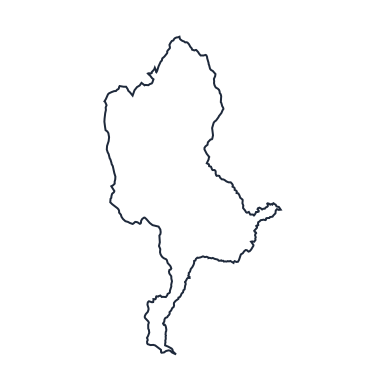 Marulanda, Caldas, Colombia (Natural Earth projection), rotated 346°
{"feature_id": "7082276B71497908860024", "entity_name": "Marulanda", "entity_type": "district", "adm_level": 2, "iso_a3": "COL", "parent_name": "Colombia", "parent_adm1": "Caldas", "projection": "natural_earth1", "projection_center": [-75.264, 5.211], "detail": "fine", "context": "isolated", "style": "outline", "palette": "slate", "viewbox_px": 384, "rotation_deg": 346, "n_neighbors": 0, "source": "geoboundaries", "source_scale": "gbopen_adm2", "svg_char_len": 6060}
<svg xmlns="http://www.w3.org/2000/svg" viewBox="0 0 384 384"><g transform="rotate(346 192 192)"><path d="M137.2,345.7L134.9,342.1L134.9,340.1L134.3,338.9L131.5,336.3L128.8,334.3L129.5,332.0L129.9,331.5L130.1,329.8L131.0,328.2L131.5,325.7L132.0,324.9L131.8,324.0L132.7,321.4L133.3,320.7L133.8,319.3L134.0,316.8L133.9,315.1L133.4,314.1L132.7,314.3L132.5,314.1L132.1,312.6L133.7,311.1L134.5,309.0L135.4,308.0L136.0,307.7L137.7,307.5L138.6,306.5L140.0,305.7L140.9,304.7L141.1,303.2L143.1,301.9L144.7,299.9L146.4,299.1L147.2,297.6L147.3,296.3L147.8,295.1L149.7,293.7L152.9,292.4L153.3,291.2L154.7,291.0L155.9,290.0L157.4,288.0L159.0,287.2L159.9,285.3L161.2,284.7L162.8,281.0L163.5,280.1L163.8,278.7L163.4,278.1L163.6,277.4L164.2,277.2L166.3,274.8L167.1,274.4L168.9,274.8L169.1,273.7L168.2,272.8L168.1,272.4L169.0,271.2L169.2,269.9L170.8,268.8L172.2,266.4L174.2,264.9L175.8,263.1L176.8,261.6L177.4,259.4L178.7,259.3L179.6,257.9L181.3,257.0L182.0,257.4L184.5,257.5L187.1,257.1L188.8,258.3L190.6,258.4L192.4,259.9L192.3,260.1L193.0,260.1L195.0,261.1L196.2,261.0L197.7,262.3L200.6,263.8L201.2,265.0L202.6,265.5L203.8,265.4L204.1,265.9L205.7,266.3L206.1,267.2L207.2,267.3L208.9,267.9L210.0,267.7L211.1,268.3L212.5,268.2L215.1,270.8L215.5,270.1L216.7,269.4L218.1,270.6L219.7,270.8L221.1,269.4L224.3,264.4L226.5,263.7L228.3,262.1L230.0,261.3L231.1,261.7L232.4,263.5L233.6,263.4L235.4,262.2L238.6,259.0L238.8,258.3L237.3,254.5L238.4,254.5L240.3,255.3L242.0,253.9L242.2,252.3L242.9,251.3L242.7,249.2L243.3,248.1L244.3,247.4L244.2,246.8L243.2,245.6L243.0,244.7L246.4,242.4L246.6,241.7L246.1,240.5L246.7,240.2L247.9,240.3L248.3,240.1L248.5,238.2L249.0,237.3L250.2,237.0L251.8,236.0L254.9,236.2L256.3,237.0L257.0,236.8L257.5,235.6L258.0,235.4L260.8,235.9L261.6,235.2L264.2,235.4L265.3,234.4L267.8,232.9L268.8,230.2L270.3,229.2L271.7,230.3L273.8,230.6L272.7,227.6L270.5,226.4L270.1,224.5L268.9,223.5L268.4,222.6L267.9,222.7L266.9,223.7L265.9,222.8L264.8,223.2L263.7,221.8L262.6,221.3L262.2,221.5L262.4,223.0L262.1,224.1L261.3,224.6L259.7,224.9L258.6,225.8L257.0,225.5L255.8,225.9L254.9,224.6L253.6,223.5L252.0,223.8L251.4,224.6L252.2,226.2L252.0,227.1L250.9,227.3L249.3,226.9L248.4,228.2L246.6,229.8L246.4,229.8L245.7,228.6L243.1,228.0L242.3,225.1L240.4,225.4L240.0,225.2L239.5,224.5L239.0,222.7L237.7,220.0L238.0,218.7L238.5,217.7L238.2,215.1L239.1,212.6L239.2,211.6L237.4,209.2L237.2,206.7L236.6,204.6L235.0,203.8L235.6,202.2L235.1,201.3L233.9,200.3L234.3,198.8L234.1,198.0L232.6,196.6L233.3,195.3L232.9,193.8L231.9,192.0L229.9,191.5L228.0,190.1L226.4,188.1L225.3,187.3L224.0,186.9L222.8,185.0L222.4,183.0L221.1,182.4L219.8,182.3L219.5,181.7L219.4,179.8L219.9,178.1L219.8,177.0L219.2,176.2L217.3,175.7L216.9,175.0L216.6,172.2L216.4,171.9L214.9,171.1L215.1,169.3L213.3,167.7L216.1,164.3L216.5,163.1L217.2,162.2L215.5,158.4L214.4,153.7L214.8,152.2L216.1,151.0L218.5,149.9L219.2,148.1L219.6,147.5L222.6,145.6L224.1,145.6L224.5,145.3L226.1,142.1L227.0,134.8L229.7,130.2L230.8,129.2L232.7,128.4L235.7,125.9L236.5,124.9L239.6,122.5L241.5,120.0L242.6,119.0L242.6,117.7L242.1,116.1L242.0,112.7L241.7,111.8L243.5,106.1L243.5,104.1L242.9,102.8L243.1,100.8L242.9,99.4L242.1,98.1L240.3,96.3L239.7,93.9L239.7,91.7L240.3,89.9L240.6,87.6L242.5,85.2L243.3,83.2L241.4,79.5L240.1,78.4L239.3,76.8L239.3,73.2L239.1,71.8L239.3,70.9L239.1,65.7L239.3,64.8L239.0,62.9L238.4,62.3L236.0,62.3L233.4,61.6L232.3,59.4L231.9,57.9L230.5,55.3L230.2,55.1L228.5,55.2L226.5,53.9L226.5,52.6L225.5,50.7L224.8,47.9L223.8,46.0L223.0,45.4L221.6,45.2L220.8,44.1L219.1,42.9L217.8,41.4L217.3,40.4L217.4,38.3L215.9,38.5L214.2,38.3L212.5,38.7L211.8,39.1L210.6,40.4L208.9,40.6L207.1,42.2L205.7,43.8L205.6,46.2L205.2,47.2L202.6,48.9L201.9,49.7L201.7,50.9L201.3,51.4L197.9,54.0L195.5,55.2L194.5,57.2L193.2,57.9L190.0,61.9L187.5,66.0L186.4,67.2L186.2,66.9L186.4,65.1L186.0,62.4L184.9,64.0L182.0,65.9L181.7,66.8L180.9,67.0L178.7,66.3L177.9,66.4L178.5,67.6L179.3,68.4L180.8,71.9L181.9,73.3L180.0,76.2L179.2,76.9L177.2,77.1L175.5,77.8L172.5,76.8L171.8,77.0L169.4,73.9L167.0,76.0L164.0,76.9L160.8,79.4L157.7,84.1L155.9,80.2L154.7,78.4L154.4,76.4L153.5,73.9L151.1,73.3L147.4,71.7L146.6,72.6L146.1,73.7L145.5,74.3L144.1,74.6L142.6,75.6L140.8,75.3L138.2,75.6L135.3,76.2L134.1,76.9L130.9,81.0L129.0,82.9L129.5,83.5L130.1,87.1L128.7,89.1L128.3,91.6L126.9,94.4L124.9,99.7L124.0,102.6L123.4,107.7L123.1,111.1L124.5,112.8L125.1,114.7L124.8,118.8L123.4,122.5L120.7,126.8L119.6,130.2L119.8,133.2L120.3,135.0L120.3,139.6L120.7,140.5L120.9,144.3L120.8,145.5L121.4,147.7L121.2,154.9L121.4,158.5L120.6,161.1L119.4,163.4L119.0,165.2L117.0,166.4L115.1,166.9L116.9,172.3L116.1,173.4L114.2,174.3L113.8,174.8L112.8,176.6L112.3,178.1L111.3,178.9L110.2,182.2L111.6,184.5L115.8,189.8L116.5,191.2L116.7,192.7L116.3,194.4L117.5,196.8L117.6,199.0L118.5,201.5L120.3,204.2L122.7,205.6L124.2,207.0L126.6,208.6L127.3,208.5L129.6,207.3L130.4,207.5L131.8,208.2L133.6,210.2L134.3,210.2L135.0,209.6L135.7,207.6L137.2,206.1L139.1,205.3L139.9,205.4L141.1,207.1L143.5,211.8L145.7,214.6L151.2,217.5L152.2,220.7L151.9,223.3L151.2,225.1L149.8,226.4L148.6,233.1L146.9,236.4L147.4,239.7L146.4,242.7L146.4,244.7L146.9,246.6L147.5,248.0L148.7,249.5L150.6,251.0L151.1,252.0L151.2,255.0L152.8,258.0L153.2,259.0L153.4,261.2L152.6,262.0L151.3,262.1L150.4,263.6L150.3,265.6L151.5,268.7L151.0,271.2L151.0,273.7L149.4,276.9L149.1,278.6L146.7,282.5L146.3,283.9L145.7,284.5L143.7,285.0L142.9,286.3L141.2,287.6L138.2,286.6L137.3,286.6L136.2,284.8L134.2,285.0L133.7,285.3L132.4,284.6L132.0,284.7L131.0,286.8L130.5,287.2L128.7,286.6L128.6,287.3L127.7,289.4L126.5,289.3L123.8,287.6L122.9,288.0L122.2,288.8L121.5,290.6L121.7,294.2L121.4,295.5L120.1,297.6L117.6,299.3L116.4,300.7L115.9,301.8L115.9,302.6L116.3,303.5L118.3,307.0L118.5,308.4L117.4,310.1L116.5,314.0L116.8,315.4L116.5,318.1L114.5,321.1L113.0,322.7L113.3,324.1L113.1,325.2L112.3,326.0L111.9,327.9L112.2,328.9L114.7,330.5L117.5,331.0L119.2,332.0L123.7,337.6L123.3,339.7L123.3,340.2L123.6,340.6L126.0,340.9L128.4,340.0L131.0,340.0L132.4,340.7L133.8,342.9L137.2,345.7Z" fill="none" stroke="#1e293b" stroke-width="2"/></g></svg>